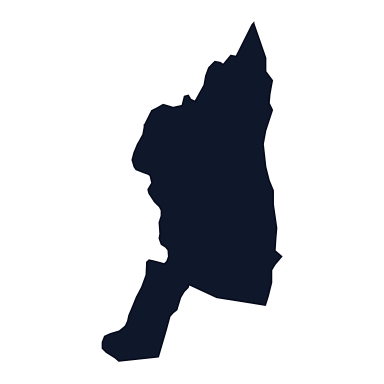 the district of Monzie, Choiseul, Saint Lucia
{"feature_id": "8701671B92535137088393", "entity_name": "Monzie", "entity_type": "district", "adm_level": 2, "iso_a3": "LCA", "parent_name": "Saint Lucia", "parent_adm1": "Choiseul", "projection": "equal_earth", "projection_center": [-61.024, 13.807], "detail": "fine", "context": "isolated", "style": "filled", "palette": "ink", "viewbox_px": 384, "rotation_deg": 0, "n_neighbors": 0, "source": "geoboundaries", "source_scale": "gbopen_adm2", "svg_char_len": 1907}
<svg xmlns="http://www.w3.org/2000/svg" viewBox="0 0 384 384"><path d="M144.4,124.2L144.4,127.0L144.2,128.0L143.1,134.4L139.1,141.7L137.6,144.2L136.5,146.9L134.0,153.0L132.2,160.0L133.4,163.9L134.2,166.7L136.1,169.5L140.2,171.1L144.2,172.7L145.4,173.1L148.3,174.1L150.2,175.5L151.5,181.0L152.0,182.9L148.1,189.5L149.1,193.4L154.6,201.8L157.1,204.3L159.6,206.7L160.2,207.9L161.4,210.3L161.4,215.9L159.3,222.5L160.1,233.8L159.3,238.4L161.4,244.3L165.1,246.6L165.8,247.1L168.2,250.0L168.4,252.5L168.7,256.6L167.9,258.8L166.9,261.5L164.3,264.0L163.3,263.7L157.8,262.2L152.3,260.8L149.8,260.3L149.1,260.1L148.8,260.4L146.8,262.2L146.7,265.6L146.5,270.0L146.3,274.9L141.8,287.2L137.8,294.8L136.6,297.0L131.6,309.3L130.1,312.8L129.0,315.3L128.9,315.9L127.7,321.3L125.4,326.2L123.3,327.9L119.4,331.1L112.1,333.3L110.2,333.9L108.4,334.7L104.7,336.4L103.9,338.4L102.4,342.3L102.4,348.3L106.3,352.2L115.2,357.8L118.2,360.4L118.8,361.0L157.1,356.9L157.5,356.8L158.3,356.7L166.1,330.0L169.8,316.3L171.5,314.4L172.9,312.8L176.4,310.0L176.8,309.7L177.7,306.5L180.5,297.4L181.8,295.2L184.1,291.4L186.0,289.5L188.0,287.5L188.8,284.4L216.8,297.4L265.3,305.1L267.2,299.1L268.1,296.2L269.8,289.4L271.5,282.6L271.5,270.1L273.0,267.5L274.9,264.4L278.8,259.8L281.6,256.5L279.2,254.4L274.9,250.8L275.7,238.3L276.6,228.1L273.6,207.3L273.2,204.2L273.2,190.6L269.0,180.4L265.6,166.8L263.1,144.1L265.6,130.5L268.9,120.4L272.3,110.1L271.5,108.3L269.0,103.2L269.8,94.2L271.6,84.2L272.3,80.5L265.6,71.5L265.6,57.9L253.8,23.8L253.7,23.0L252.1,24.8L236.2,56.5L230.8,55.5L225.1,62.4L223.2,64.7L221.5,63.5L220.2,62.6L214.9,61.6L212.4,64.1L208.8,67.8L208.2,69.4L205.8,75.9L205.2,79.3L204.2,85.1L195.1,101.5L190.6,99.4L189.7,97.9L188.3,95.4L184.5,96.4L183.4,100.9L182.2,105.6L174.3,107.3L173.1,107.6L169.3,106.4L163.2,104.6L157.9,107.6L157.2,108.0L151.8,110.7L144.6,125.1L144.4,124.2Z" fill="#0f172a" stroke="#020617" stroke-width="1.5"/></svg>